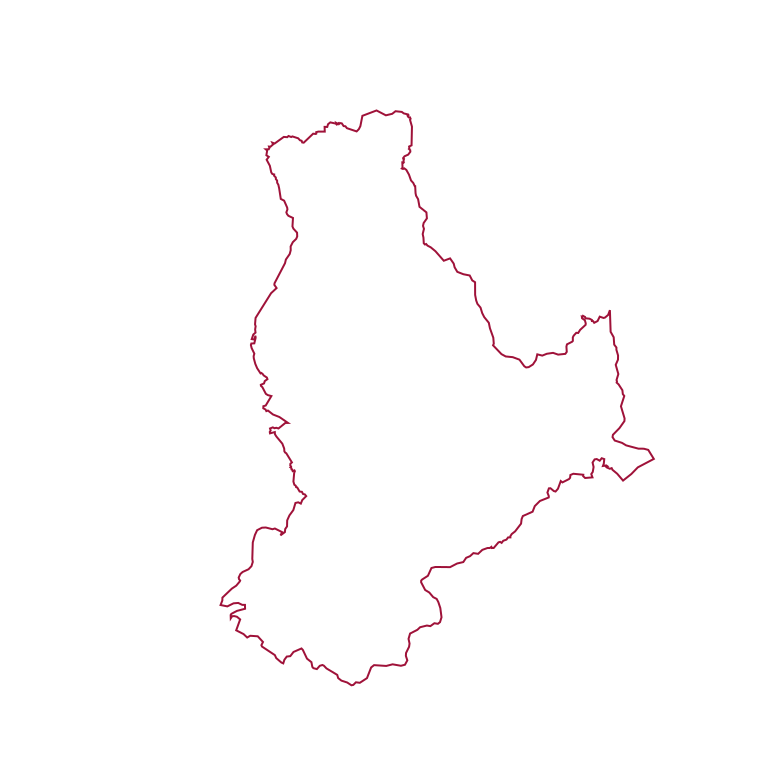 Coroieni, Maramures, Romania, rotated 337°
{"feature_id": "2599482B87635814237961", "entity_name": "Coroieni", "entity_type": "district", "adm_level": 2, "iso_a3": "ROU", "parent_name": "Romania", "parent_adm1": "Maramures", "projection": "orthographic", "projection_center": [23.777, 47.377], "detail": "fine", "context": "isolated", "style": "outline", "palette": "rose", "viewbox_px": 768, "rotation_deg": 337, "n_neighbors": 0, "source": "geoboundaries", "source_scale": "gbopen_adm2", "svg_char_len": 6166}
<svg xmlns="http://www.w3.org/2000/svg" viewBox="0 0 768 768"><g transform="rotate(337 384 384)"><path d="M603.1,558.4L601.5,547.9L597.9,545.1L592.9,542.9L582.9,535.1L580.1,531.2L574.3,526.2L573.6,522.2L574.9,520.2L583.5,516.6L590.8,512.1L592.0,509.7L593.4,497.1L600.5,488.9L599.9,486.6L601.0,482.9L599.8,476.0L598.7,473.6L599.5,472.6L599.6,471.2L603.6,466.4L604.8,456.9L608.9,453.0L610.6,449.2L611.3,443.3L612.2,441.2L611.3,437.7L613.7,430.7L613.0,424.5L620.8,404.3L617.3,408.0L613.4,409.2L611.9,409.0L608.9,406.3L605.2,409.5L601.4,409.8L601.1,407.9L600.0,407.3L600.4,406.3L598.7,404.2L595.1,402.2L595.3,400.9L593.8,399.0L592.8,399.9L592.4,399.4L592.0,400.9L593.8,403.8L593.4,407.0L592.7,408.3L585.7,410.8L582.7,412.9L581.0,412.0L577.5,413.6L576.0,414.9L574.7,418.1L573.7,418.6L567.9,419.0L566.5,420.9L564.8,425.8L562.7,427.1L555.8,425.0L551.8,421.4L545.7,419.8L540.8,419.7L536.7,416.6L533.3,421.2L528.7,424.2L523.8,425.0L521.3,424.3L520.1,422.5L518.2,414.5L513.0,409.6L506.8,406.2L503.8,402.4L499.5,391.0L500.8,389.8L502.7,384.1L503.3,374.1L504.4,368.6L502.4,361.6L502.1,357.1L502.7,351.4L501.3,346.7L501.5,343.1L502.7,337.6L507.6,325.9L505.7,323.1L505.3,317.6L500.0,314.0L495.3,309.4L494.6,304.2L495.2,300.4L493.9,294.2L487.2,293.9L483.2,281.8L480.4,276.4L478.1,273.6L477.5,271.6L476.2,271.6L475.6,270.0L477.5,264.7L478.2,261.1L481.4,256.8L481.7,253.7L483.4,251.3L488.2,248.3L490.1,242.6L485.9,234.8L487.6,227.2L487.1,223.2L487.6,220.7L490.0,214.1L489.6,213.9L489.5,210.4L488.4,207.2L488.8,201.0L488.2,195.6L486.9,193.4L485.5,193.5L484.6,192.6L485.6,192.1L487.4,187.3L488.3,188.0L488.9,187.6L488.6,187.0L490.3,184.7L489.7,184.1L489.9,183.5L491.9,182.4L495.9,182.3L499.0,180.5L499.5,179.0L498.8,177.4L499.4,177.1L499.9,175.2L502.6,175.1L510.3,158.0L511.2,150.9L512.1,150.3L512.1,148.7L511.1,148.4L510.5,147.1L510.6,146.1L511.6,146.0L511.6,145.4L507.9,142.6L506.7,140.5L501.2,137.4L497.1,138.5L490.7,137.4L484.0,129.3L468.9,128.7L463.0,137.4L460.4,139.6L457.5,140.8L449.8,134.0L449.2,131.7L447.6,130.8L447.0,127.6L445.6,126.7L444.2,127.1L444.2,126.1L443.0,126.2L442.2,125.2L442.2,127.5L441.3,125.4L436.8,122.2L434.0,123.0L432.2,125.2L429.8,124.1L428.1,128.5L422.1,126.0L420.0,125.7L419.5,127.1L418.9,127.2L416.6,125.9L404.4,130.5L403.1,129.7L403.2,127.9L401.9,126.8L401.0,124.3L396.4,120.3L395.1,120.4L393.0,118.4L391.4,119.0L388.3,117.4L377.3,119.9L375.5,118.2L375.6,120.1L372.2,121.2L370.9,120.5L370.8,121.9L369.6,122.9L366.9,121.8L367.7,123.4L365.1,127.5L366.7,129.9L363.6,131.7L364.2,138.5L362.9,145.2L363.3,147.1L364.8,148.2L364.2,149.3L365.1,151.6L364.5,153.2L365.1,154.9L364.3,157.0L364.6,159.3L363.9,163.1L361.3,173.3L363.7,176.2L363.8,183.8L363.3,185.6L361.2,187.8L361.1,189.6L361.7,191.8L365.1,195.6L361.3,203.2L361.3,205.6L363.1,210.7L361.8,214.2L359.9,216.1L355.5,217.8L351.8,220.9L350.4,224.4L348.0,227.5L342.3,231.1L340.1,234.1L322.6,248.5L321.8,249.9L322.6,253.7L315.5,256.3L291.6,273.0L288.6,278.7L288.4,280.7L286.7,283.4L285.8,286.5L283.0,287.4L279.8,291.0L282.0,292.4L284.5,289.3L283.9,291.3L280.5,295.9L277.7,294.9L276.7,296.1L276.2,299.2L276.5,305.4L274.9,307.4L274.2,309.4L273.4,315.2L273.4,319.9L274.5,326.0L275.4,325.9L276.2,327.3L276.6,329.1L278.7,332.3L278.6,334.0L275.4,334.7L273.8,336.6L270.3,336.6L270.0,337.6L270.8,339.4L271.4,346.9L272.7,348.8L275.6,351.1L266.7,357.6L264.3,357.3L263.4,359.2L265.0,361.2L265.1,363.0L266.8,363.1L269.9,368.7L274.8,373.5L280.4,382.3L277.9,381.3L269.5,383.7L267.7,382.2L265.9,381.9L264.7,380.5L261.7,380.4L261.5,382.5L260.1,383.5L259.8,384.9L264.7,385.6L264.0,387.6L264.4,390.2L267.1,399.2L266.9,404.4L266.0,407.0L266.2,408.4L267.0,409.6L268.6,420.2L266.7,420.8L265.9,422.3L266.2,423.6L265.4,424.1L265.9,424.5L265.5,426.4L266.0,426.7L265.9,428.5L267.8,428.5L267.9,429.4L266.6,430.7L262.5,438.4L262.1,441.7L263.0,443.1L262.8,444.6L263.7,445.3L264.3,450.0L266.3,451.2L266.5,453.6L268.0,454.7L268.6,456.8L263.4,458.9L260.7,461.6L258.8,459.4L256.0,458.9L251.3,464.6L245.6,468.0L241.6,471.7L239.1,477.2L236.4,478.9L234.9,481.6L229.6,482.9L232.4,480.6L227.1,474.4L224.6,474.1L219.1,469.9L215.5,468.6L210.1,469.0L206.2,472.5L201.3,478.6L194.4,493.6L193.7,496.5L190.8,499.9L186.9,501.6L180.4,501.8L177.5,502.8L174.6,505.4L174.3,507.2L174.8,508.7L174.1,509.4L169.2,511.9L164.0,512.9L151.8,517.5L150.6,520.1L147.2,523.6L152.9,527.5L159.8,527.1L164.3,528.6L167.2,531.9L169.7,533.0L168.3,536.6L160.0,535.4L153.8,535.9L152.6,536.7L151.4,539.8L153.5,538.4L155.6,539.2L157.7,540.8L159.6,544.5L151.7,553.0L157.0,559.3L159.0,563.9L162.5,563.5L169.2,566.9L171.8,574.2L169.1,576.5L169.1,578.0L177.6,590.9L177.7,594.2L180.7,600.3L182.1,601.8L184.6,598.9L188.0,596.9L191.4,597.9L196.0,595.3L204.7,595.2L205.4,597.1L205.8,606.7L208.5,611.7L207.5,616.4L208.0,618.0L210.8,620.2L214.8,618.3L217.5,618.6L218.6,619.8L219.9,623.3L227.3,633.5L226.9,636.8L228.9,640.4L233.5,644.4L236.3,648.6L238.2,649.0L241.6,647.6L245.0,649.6L253.4,648.1L261.4,639.9L265.0,638.9L275.9,644.4L282.4,645.4L289.5,650.0L293.6,650.6L297.5,647.5L297.9,642.8L299.2,640.2L304.4,635.7L306.1,632.9L307.0,628.2L310.5,623.9L318.7,623.3L322.2,622.0L329.1,623.1L332.1,625.0L336.9,623.9L339.9,625.8L342.5,625.1L345.8,621.2L348.3,612.2L348.8,606.0L348.5,602.4L346.0,599.4L344.2,593.6L341.4,589.7L340.7,581.0L341.4,579.5L342.6,578.9L349.5,577.7L355.8,571.9L359.8,572.5L373.3,578.4L381.2,577.8L387.4,578.9L391.7,576.1L395.9,576.1L400.2,574.6L404.3,577.1L409.7,575.1L415.1,575.4L417.3,576.3L419.2,575.9L419.1,577.1L420.9,577.8L427.5,574.5L429.2,574.7L430.2,576.2L432.5,574.9L435.9,575.1L438.3,573.7L440.4,574.6L440.9,573.4L443.0,572.0L447.1,570.9L455.6,566.1L457.9,562.1L460.2,559.8L470.9,559.6L475.1,555.3L481.8,552.6L491.3,552.8L491.9,551.6L492.0,547.8L495.0,544.5L496.5,545.0L498.5,548.9L499.9,550.0L503.2,548.4L508.8,542.4L509.8,544.3L517.2,543.8L518.7,543.0L520.0,540.6L523.2,540.6L532.0,545.4L531.3,546.6L532.4,549.1L539.4,551.4L539.6,547.9L541.8,546.5L544.5,542.3L545.3,537.8L548.4,535.7L550.5,536.2L552.6,538.9L555.4,537.4L557.4,539.2L555.2,543.2L553.5,545.0L556.8,545.8L557.5,547.0L556.1,547.0L556.5,547.9L558.8,550.3L560.7,550.4L560.8,552.3L563.6,557.7L566.3,566.3L576.5,563.5L585.1,559.9L603.1,558.4Z" fill="none" stroke="#9f1239" stroke-width="2"/></g></svg>